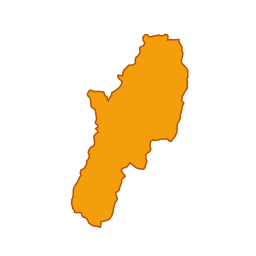 Guarantã, São Paulo, Brazil (Albers equal-area conic projection), rotated 150°
{"feature_id": "56859067B8052409163305", "entity_name": "Guarantã", "entity_type": "district", "adm_level": 2, "iso_a3": "BRA", "parent_name": "Brazil", "parent_adm1": "São Paulo", "projection": "albers", "projection_center": [-49.583, -21.913], "detail": "fine", "context": "isolated", "style": "filled", "palette": "amber", "viewbox_px": 256, "rotation_deg": 150, "n_neighbors": 0, "source": "geoboundaries", "source_scale": "gbopen_adm2", "svg_char_len": 3022}
<svg xmlns="http://www.w3.org/2000/svg" viewBox="0 0 256 256"><g transform="rotate(150 128 128)"><path d="M69.7,199.2L71.0,196.5L70.9,194.3L71.6,192.5L73.4,191.7L75.2,191.6L77.3,192.0L78.6,190.0L79.6,187.6L81.4,186.4L83.3,185.5L85.6,185.3L87.6,183.5L89.2,180.4L92.4,180.1L93.9,181.0L95.7,182.0L98.8,181.2L101.7,180.5L103.3,179.6L105.0,178.1L106.6,176.0L108.6,177.6L110.5,178.8L111.2,177.3L111.0,175.1L110.5,173.0L109.7,171.3L112.0,169.0L114.1,167.9L115.6,167.4L119.0,166.8L121.6,166.7L124.3,166.7L126.1,164.5L127.9,163.7L130.1,162.5L131.4,161.4L132.0,163.2L130.6,164.8L131.6,167.5L131.4,169.8L131.1,171.4L135.3,174.5L138.3,176.0L139.5,177.0L140.8,179.0L142.6,179.8L144.3,179.0L146.3,177.6L146.7,175.9L145.9,173.2L146.9,169.5L148.1,167.5L149.3,164.5L148.2,162.5L147.5,160.2L147.8,158.6L149.4,154.9L150.2,152.3L151.3,151.0L152.4,150.0L153.8,149.0L153.6,147.4L152.9,145.6L153.5,144.0L156.4,143.6L155.7,141.8L156.1,139.3L158.1,139.2L161.7,138.1L163.0,134.8L164.2,132.2L165.3,130.7L167.1,129.7L169.0,130.0L171.1,129.5L172.5,128.5L174.1,127.5L175.0,125.8L175.3,123.3L177.1,121.4L180.3,120.0L181.4,118.0L182.6,116.8L185.8,115.2L187.2,114.9L189.6,115.1L191.7,113.2L192.6,110.4L195.0,109.3L198.0,106.9L200.6,105.6L203.7,104.0L206.1,102.1L208.2,98.6L209.8,96.1L212.5,94.0L213.6,92.2L214.9,90.6L215.1,88.4L216.1,85.9L215.6,83.8L216.4,81.5L214.8,80.3L212.3,79.2L211.0,77.5L211.8,73.8L209.9,71.9L209.0,70.1L209.1,67.9L209.4,65.4L208.5,63.2L207.3,60.9L205.1,59.3L203.8,58.3L201.7,55.8L199.9,57.6L198.5,60.0L196.0,59.7L193.2,58.7L191.3,58.3L189.1,58.6L187.6,59.2L185.9,60.2L183.5,62.1L182.0,64.1L180.9,65.4L179.7,66.5L177.0,69.4L175.3,70.4L173.8,70.9L172.5,72.2L171.9,75.3L170.8,78.3L168.5,78.0L167.0,78.5L165.4,80.1L163.2,82.1L161.1,83.8L159.6,85.9L158.4,86.7L156.7,87.1L154.5,87.6L154.8,90.2L155.1,92.4L155.1,94.6L153.5,95.6L150.9,95.4L148.7,94.8L145.8,95.7L143.9,97.0L143.2,95.5L142.5,93.9L141.9,92.1L141.2,90.1L139.7,88.0L137.6,86.2L136.3,85.4L135.0,84.5L133.3,85.1L131.8,86.8L129.8,88.4L128.3,89.6L127.9,91.3L127.5,92.8L126.7,94.6L125.9,96.0L124.3,96.5L121.2,96.7L118.9,98.1L118.3,100.0L117.9,101.6L116.3,103.7L114.6,105.3L111.9,105.1L110.9,103.8L109.0,102.9L107.6,102.6L105.5,102.1L103.5,101.1L101.1,99.8L99.4,98.9L98.9,96.3L97.0,94.8L94.8,96.1L92.3,96.7L91.0,97.6L89.7,98.5L87.9,99.7L86.3,102.2L85.3,103.8L84.3,105.5L82.8,107.1L81.4,107.8L80.0,108.8L78.6,109.8L77.5,110.7L76.7,112.8L74.9,114.0L73.2,116.1L72.1,117.2L70.7,119.1L67.2,121.7L67.7,124.1L67.6,126.1L65.9,127.0L65.0,128.6L63.1,129.3L60.9,130.8L58.5,132.0L56.3,133.2L55.3,135.6L54.0,137.1L53.3,138.7L52.9,140.6L51.7,141.5L50.2,142.7L49.4,144.9L47.8,147.0L47.5,149.1L47.5,151.2L48.1,153.6L48.7,155.9L49.0,157.8L47.8,160.1L45.4,162.4L43.7,164.3L42.7,166.5L42.4,169.0L41.2,170.1L40.7,171.8L40.7,174.2L40.8,177.0L39.6,179.2L41.9,180.2L45.0,181.9L46.9,183.3L49.6,184.4L48.7,185.7L47.6,187.4L47.3,189.0L48.5,190.2L50.1,190.4L51.9,190.7L53.8,191.6L54.8,193.2L62.1,195.4L64.0,196.6L64.6,199.2L66.9,200.2L69.7,199.2Z" fill="#f59e0b" stroke="#b45309" stroke-width="1.5"/></g></svg>